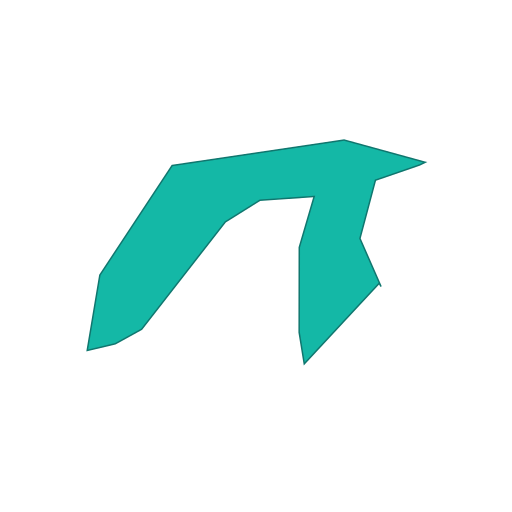 SVG path tracing the border of Tivat, rotated 244°
{"feature_id": "MNE-1518", "entity_name": "Tivat", "entity_type": "Municipality", "adm_level": 1, "iso_a3": "MNE", "parent_name": "Montenegro", "parent_adm1": "", "projection": "robinson", "projection_center": [18.687, 42.417], "detail": "fine", "context": "isolated", "style": "filled", "palette": "teal", "viewbox_px": 512, "rotation_deg": 244, "n_neighbors": 0, "source": "natural_earth", "source_scale": "10m", "svg_char_len": 432}
<svg xmlns="http://www.w3.org/2000/svg" viewBox="0 0 512 512"><g transform="rotate(244 256 256)"><path d="M266.1,449.1L266.1,443.0L271.8,396.6L226.2,357.1L173.7,355.0L177.5,354.8L159.4,307.8L137.9,252.1L168.4,261.3L244.8,298.7L284.0,334.4L304.4,284.0L300.1,243.4L240.3,121.1L238.8,91.0L245.1,62.9L245.4,63.1L307.3,107.3L374.1,220.3L321.6,386.0L266.5,448.6L266.1,449.1Z" fill="#14b8a6" stroke="#0f766e" stroke-width="1.5"/></g></svg>